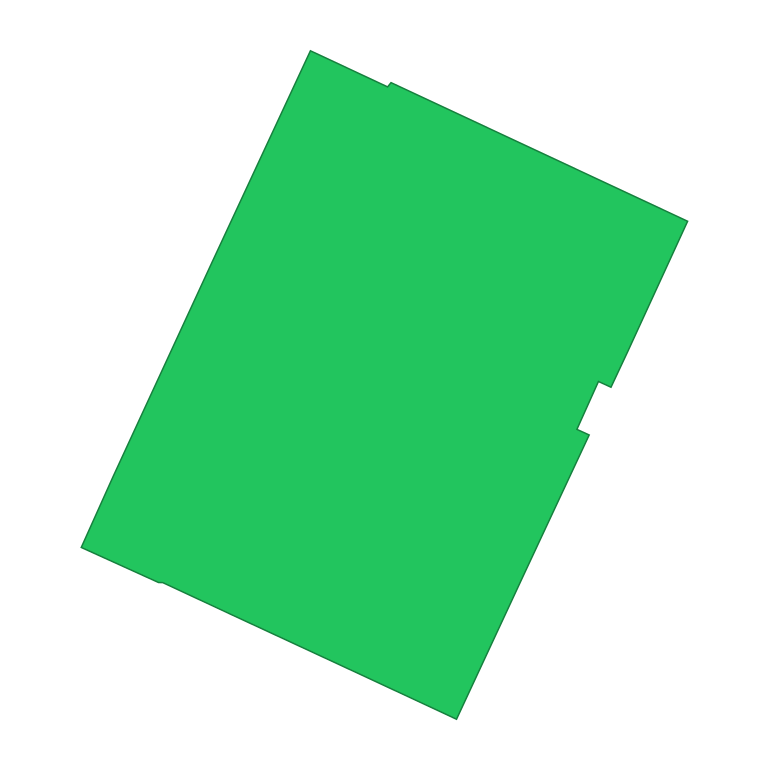 Reno, Kansas, United States of America (Equal Earth projection), rotated 115°
{"feature_id": "52423323B74364898088974", "entity_name": "Reno", "entity_type": "district", "adm_level": 2, "iso_a3": "USA", "parent_name": "United States of America", "parent_adm1": "Kansas", "projection": "equal_earth", "projection_center": [-98.045, 37.953], "detail": "fine", "context": "isolated", "style": "filled", "palette": "green", "viewbox_px": 768, "rotation_deg": 115, "n_neighbors": 0, "source": "geoboundaries", "source_scale": "gbopen_adm2", "svg_char_len": 399}
<svg xmlns="http://www.w3.org/2000/svg" viewBox="0 0 768 768"><g transform="rotate(115 384 384)"><path d="M500.3,176.7L343.5,176.5L343.6,190.0L291.1,190.7L291.0,176.9L252.1,176.8L108.2,177.6L107.9,505.0L113.2,506.3L113.1,591.5L347.7,591.3L582.2,590.4L660.1,589.3L659.2,504.4L657.5,500.6L657.5,423.3L657.2,272.0L657.2,176.6L500.3,176.7Z" fill="#22c55e" stroke="#15803d" stroke-width="1.5"/></g></svg>